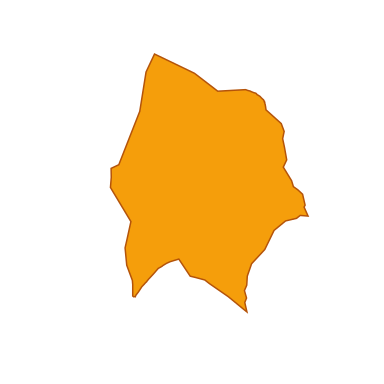 the district of Darvi, Hovd, Mongolia, rotated 224°
{"feature_id": "93677404B97988329611123", "entity_name": "Darvi", "entity_type": "district", "adm_level": 2, "iso_a3": "MNG", "parent_name": "Mongolia", "parent_adm1": "Hovd", "projection": "robinson", "projection_center": [93.606, 47.084], "detail": "fine", "context": "isolated", "style": "filled", "palette": "amber", "viewbox_px": 384, "rotation_deg": 224, "n_neighbors": 0, "source": "geoboundaries", "source_scale": "gbopen_adm2", "svg_char_len": 1761}
<svg xmlns="http://www.w3.org/2000/svg" viewBox="0 0 384 384"><g transform="rotate(224 192 192)"><path d="M285.5,213.5L263.6,160.8L266.6,152.8L260.2,146.4L253.8,138.6L215.4,128.3L206.1,113.2L201.3,105.3L188.1,94.0L173.5,87.0L173.1,86.6L172.9,86.5L171.6,85.3L170.4,84.3L162.4,76.0L161.2,76.1L161.1,76.4L160.6,76.8L160.0,77.2L160.4,78.1L160.7,79.0L160.8,80.2L161.0,81.8L161.1,82.8L161.7,86.0L161.9,86.9L162.0,87.7L162.3,89.0L162.3,89.4L162.3,92.3L162.4,94.0L162.4,95.0L162.3,95.6L162.3,96.0L162.5,96.8L162.7,99.6L162.7,100.9L162.8,106.2L163.2,113.6L162.3,116.5L161.9,118.1L161.9,118.7L160.8,122.9L159.3,126.7L154.9,134.6L134.8,130.2L130.2,132.9L121.7,137.6L115.9,138.2L93.3,141.9L75.7,143.3L71.0,143.7L69.2,143.9L77.3,149.2L79.1,153.6L85.8,157.5L87.9,163.0L93.8,169.9L99.3,181.8L99.7,201.2L106.3,221.4L104.6,236.2L98.5,245.7L97.9,250.3L91.8,255.3L100.9,259.0L101.5,261.1L110.9,267.2L117.2,267.1L122.8,266.3L128.2,269.3L143.6,273.3L146.2,280.9L156.7,288.5L163.8,293.3L167.8,299.6L175.3,303.2L195.9,302.5L196.6,303.1L196.8,303.3L197.5,303.7L197.6,303.9L197.9,304.2L198.5,304.6L199.0,304.9L199.2,305.1L199.6,305.4L200.0,305.7L200.8,306.1L201.0,306.2L201.2,306.4L201.5,306.6L201.8,306.8L201.9,307.0L202.2,307.1L202.5,307.2L202.7,307.4L202.8,307.3L202.9,307.5L203.3,307.5L203.5,307.6L204.1,307.8L204.6,308.0L205.0,308.0L205.3,307.9L206.7,307.9L207.7,307.9L209.0,308.0L209.7,308.0L210.5,307.8L211.3,307.7L212.5,307.3L213.1,307.3L213.4,307.3L213.6,307.4L214.1,307.4L214.6,307.4L215.5,307.0L216.3,306.5L219.0,305.4L219.4,305.3L219.6,305.1L220.1,305.1L220.7,304.8L221.2,304.5L222.6,303.7L223.1,303.5L223.6,303.3L224.2,303.0L224.6,302.8L243.5,282.4L272.7,279.1L314.8,265.2L308.4,246.4L285.5,213.6L285.5,213.5Z" fill="#f59e0b" stroke="#b45309" stroke-width="1.5"/></g></svg>